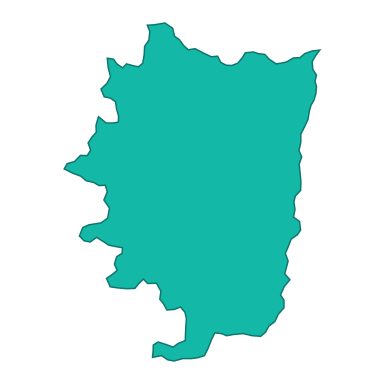 outline of Canaã, Minas Gerais, Brazil
{"feature_id": "56859067B79811618313026", "entity_name": "Canaã", "entity_type": "district", "adm_level": 2, "iso_a3": "BRA", "parent_name": "Brazil", "parent_adm1": "Minas Gerais", "projection": "orthographic", "projection_center": [-42.629, -20.671], "detail": "fine", "context": "isolated", "style": "filled", "palette": "teal", "viewbox_px": 384, "rotation_deg": 0, "n_neighbors": 0, "source": "geoboundaries", "source_scale": "gbopen_adm2", "svg_char_len": 2201}
<svg xmlns="http://www.w3.org/2000/svg" viewBox="0 0 384 384"><path d="M167.7,359.8L174.0,361.0L182.7,358.6L191.4,358.6L197.9,357.7L204.4,355.6L207.8,349.0L211.4,339.8L214.8,332.9L221.6,333.6L226.6,335.7L233.4,334.5L243.3,333.6L252.1,335.7L260.8,336.3L265.6,332.1L268.7,326.3L274.9,321.5L278.3,314.2L283.9,307.9L284.0,300.1L280.5,294.9L284.2,286.6L289.9,279.7L284.7,273.9L286.2,268.4L288.1,261.0L285.3,253.3L287.8,247.7L291.2,239.1L297.2,234.9L300.6,230.1L299.5,221.4L293.5,217.2L295.0,209.4L293.9,201.9L295.3,196.1L300.6,190.4L300.9,181.7L300.0,171.9L299.2,164.1L301.7,156.9L299.0,150.5L300.8,142.4L300.8,134.2L304.6,126.7L308.0,119.4L309.3,111.3L311.1,105.0L313.9,100.3L315.8,93.9L316.5,86.6L315.0,81.2L316.5,75.2L312.8,69.4L312.2,61.6L315.6,55.6L319.8,50.1L312.0,51.0L304.6,53.7L300.1,57.6L293.3,58.0L286.6,61.9L281.4,63.1L276.1,63.9L269.1,59.1L264.8,54.4L258.6,53.7L253.5,52.0L245.3,52.8L242.2,57.9L237.9,63.1L231.8,65.5L226.2,65.2L220.8,62.5L217.6,56.2L211.4,56.8L204.4,53.5L195.1,48.7L188.3,49.8L183.5,45.4L179.5,39.8L174.5,36.2L172.7,28.3L164.9,23.0L159.7,23.9L154.1,24.8L147.3,25.2L149.8,31.4L148.9,40.1L144.6,46.4L144.2,54.6L142.8,63.1L138.6,66.8L133.6,65.8L126.5,63.9L122.6,67.9L116.6,63.7L113.6,59.2L107.3,58.2L108.2,67.6L110.5,76.6L107.1,83.2L101.0,89.1L104.2,96.8L110.2,98.0L115.5,101.7L116.6,109.2L118.6,116.1L118.3,122.2L112.9,123.0L106.2,123.0L98.5,116.7L96.0,125.3L96.3,132.2L92.0,137.0L88.1,143.0L90.6,150.0L87.3,155.6L80.5,155.4L74.6,161.5L67.2,163.6L64.2,168.9L72.6,173.1L80.8,176.2L86.1,180.7L93.8,182.5L99.1,185.6L105.3,185.2L107.3,191.9L103.9,200.0L109.5,208.1L107.7,218.1L101.1,222.9L94.6,223.9L89.0,224.8L82.8,227.5L79.4,236.0L84.1,240.8L90.2,242.0L96.6,237.4L103.7,241.8L108.8,245.2L116.9,246.8L122.5,247.7L122.1,253.3L116.7,256.7L114.4,264.2L117.2,270.3L112.7,274.1L106.5,278.4L110.2,286.8L117.0,287.8L126.6,288.7L134.9,288.4L138.3,284.1L143.4,279.1L147.7,283.5L156.5,283.2L160.9,291.3L159.8,299.2L163.5,303.7L166.9,310.0L174.5,309.4L180.4,307.0L184.9,312.1L186.4,318.5L185.8,327.2L185.5,333.8L185.3,340.5L178.1,343.5L173.1,347.1L165.7,344.4L158.1,342.0L153.3,345.0L153.1,351.3L152.5,357.4L161.5,355.6L167.7,359.8Z" fill="#14b8a6" stroke="#0f766e" stroke-width="1.5"/></svg>